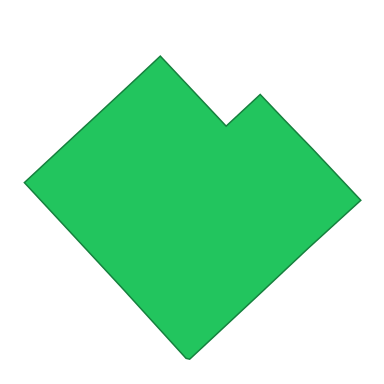 the district of Wood, Wisconsin, United States of America, rotated 317°
{"feature_id": "52423323B58004100202337", "entity_name": "Wood", "entity_type": "district", "adm_level": 2, "iso_a3": "USA", "parent_name": "United States of America", "parent_adm1": "Wisconsin", "projection": "albers", "projection_center": [-90.031, 44.466], "detail": "fine", "context": "isolated", "style": "filled", "palette": "green", "viewbox_px": 384, "rotation_deg": 317, "n_neighbors": 0, "source": "geoboundaries", "source_scale": "gbopen_adm2", "svg_char_len": 352}
<svg xmlns="http://www.w3.org/2000/svg" viewBox="0 0 384 384"><g transform="rotate(317 192 192)"><path d="M75.8,70.8L75.4,215.2L74.2,309.6L76.3,312.7L168.4,312.7L239.1,312.4L309.8,313.2L309.5,243.5L308.7,201.4L308.4,167.2L261.9,167.1L261.5,71.0L214.6,71.1L169.1,71.0L145.3,70.9L75.8,70.8Z" fill="#22c55e" stroke="#15803d" stroke-width="1.5"/></g></svg>